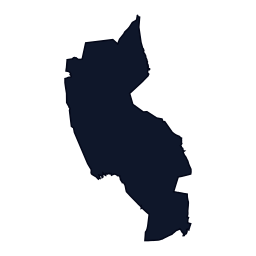 Miacatlán, Morelos, Mexico
{"feature_id": "50627088B93952904425300", "entity_name": "Miacatlán", "entity_type": "district", "adm_level": 2, "iso_a3": "MEX", "parent_name": "Mexico", "parent_adm1": "Morelos", "projection": "natural_earth1", "projection_center": [-99.34, 18.806], "detail": "fine", "context": "isolated", "style": "filled", "palette": "ink", "viewbox_px": 256, "rotation_deg": 0, "n_neighbors": 0, "source": "geoboundaries", "source_scale": "gbopen_adm2", "svg_char_len": 5402}
<svg xmlns="http://www.w3.org/2000/svg" viewBox="0 0 256 256"><path d="M69.5,110.2L71.3,125.3L71.4,126.3L73.6,127.9L74.4,132.3L87.7,163.6L90.3,168.0L90.9,168.7L91.3,170.4L91.1,172.7L91.5,173.8L92.1,174.4L96.3,176.9L96.6,177.3L97.0,177.7L98.1,178.9L98.4,179.1L98.6,178.7L98.9,178.5L99.2,178.3L100.1,178.5L100.1,178.2L99.9,177.7L99.5,176.9L99.4,176.2L98.9,175.0L100.9,175.6L101.6,175.7L101.9,176.2L102.1,177.6L102.9,177.0L102.9,176.6L102.8,175.8L102.7,175.5L102.8,174.7L102.8,174.0L103.0,172.8L103.6,173.5L103.7,173.8L103.9,173.9L104.1,174.3L104.3,174.3L104.6,174.5L105.1,175.1L105.5,174.6L105.8,175.0L106.2,173.4L107.4,174.0L107.6,173.9L107.8,174.0L108.2,173.6L108.5,173.5L108.8,173.4L109.1,173.2L109.3,173.5L109.7,173.8L109.8,173.7L110.1,173.7L110.3,173.6L110.6,173.9L111.0,173.7L111.5,175.2L112.7,174.6L113.8,174.2L114.1,173.9L114.5,174.1L114.8,174.1L115.7,174.3L116.0,174.5L116.4,174.6L117.0,175.1L117.4,175.6L119.7,175.9L119.7,176.0L119.8,176.6L120.1,177.6L120.6,179.1L120.4,179.2L120.6,179.8L120.8,180.1L121.3,180.7L121.4,181.1L121.9,181.6L122.2,182.2L122.3,182.3L122.3,182.6L123.4,182.8L123.8,183.1L124.1,183.3L124.2,183.5L124.5,184.2L124.7,184.6L125.0,184.5L125.2,185.5L126.0,189.7L126.4,191.4L126.5,191.7L127.1,192.3L127.6,192.9L128.2,193.5L130.1,195.6L134.6,200.2L134.7,200.3L136.5,202.1L138.2,203.9L138.5,204.3L139.7,205.3L141.1,206.8L141.3,206.5L141.3,206.9L141.2,208.4L142.2,207.9L143.0,208.8L145.7,211.3L147.5,212.9L149.2,214.3L147.8,225.7L147.6,226.8L147.2,228.6L146.6,230.5L146.2,231.1L145.5,232.1L145.3,235.4L144.9,240.6L145.7,240.6L146.2,240.6L147.0,240.6L147.9,240.6L150.5,240.4L151.3,240.4L151.9,240.3L152.6,240.3L153.5,240.3L153.9,240.3L155.0,240.2L158.1,240.0L158.8,239.9L159.9,239.6L161.4,239.1L162.4,238.9L162.8,238.6L164.7,237.6L166.8,236.6L167.0,236.5L167.4,236.3L168.5,235.7L170.1,235.0L172.0,234.2L172.7,233.4L173.9,232.5L175.8,230.8L176.6,230.3L176.8,230.3L177.7,229.9L177.9,229.8L179.5,229.2L179.8,228.8L180.7,229.6L181.5,231.0L182.2,232.2L183.2,233.2L184.0,234.1L183.9,234.3L183.7,234.8L183.2,235.2L183.2,235.7L184.3,235.5L184.4,235.1L185.2,234.1L186.1,233.8L186.3,233.5L186.5,233.1L186.5,232.5L186.8,232.3L187.1,231.1L187.0,230.3L186.7,229.5L187.3,229.5L187.7,229.2L187.9,229.4L188.2,229.5L188.4,229.5L188.4,229.8L188.8,230.0L189.0,229.1L190.1,225.5L190.2,225.4L190.7,223.7L189.4,223.4L187.6,222.8L187.8,222.1L187.7,221.9L187.7,221.5L187.7,221.1L187.8,220.4L187.8,219.5L187.9,219.2L188.2,218.4L188.5,217.5L187.1,216.9L187.6,215.0L187.8,214.2L187.8,212.4L187.7,211.0L188.1,206.4L188.2,205.3L188.2,204.6L188.3,203.8L188.3,201.9L188.2,201.7L187.7,199.6L187.6,199.0L187.4,197.9L187.2,196.1L187.2,194.1L186.0,193.9L184.6,193.7L183.8,193.6L182.5,193.3L181.0,193.0L180.4,192.9L180.1,192.9L179.0,192.7L178.3,192.5L178.1,192.7L177.2,192.4L173.6,191.7L174.8,187.8L176.3,182.9L178.2,176.9L181.2,176.4L185.3,175.4L188.5,174.6L190.7,174.0L191.0,172.0L190.9,169.2L190.4,168.1L189.2,165.5L188.6,163.9L188.4,163.5L188.3,162.9L187.9,161.5L187.7,160.9L186.7,159.1L186.5,158.5L185.7,156.9L184.7,155.6L184.7,155.9L182.9,151.9L182.7,151.8L183.1,151.9L183.2,152.1L183.7,151.4L184.3,151.0L183.0,150.8L182.9,150.7L183.1,150.5L183.1,150.4L182.7,148.6L182.7,148.4L182.3,148.1L181.1,147.1L181.3,146.4L180.9,145.9L180.4,145.8L180.3,145.7L181.8,143.6L181.5,142.8L181.4,142.5L181.5,140.5L181.3,139.6L181.5,139.0L181.5,138.2L181.2,138.2L181.0,137.9L180.9,137.8L180.0,137.7L179.7,136.6L176.2,135.1L174.5,134.1L172.2,132.3L164.7,121.6L163.1,121.9L162.0,119.0L156.6,118.0L146.9,111.7L143.3,112.0L132.8,104.4L129.6,93.4L142.9,81.1L143.2,80.7L146.5,77.3L148.1,75.7L147.7,75.2L147.9,74.9L148.1,74.8L148.2,74.7L148.6,74.4L148.7,74.2L148.6,73.8L148.3,73.7L148.0,73.5L147.8,73.4L147.7,73.2L147.6,72.7L147.6,72.4L147.7,72.2L147.6,71.7L147.6,71.4L147.7,70.1L148.5,69.9L148.8,69.8L149.4,69.7L149.6,69.3L149.7,69.0L149.4,68.7L149.2,68.7L148.9,68.6L148.4,68.4L148.3,67.8L148.2,67.7L147.6,67.8L147.6,67.4L148.1,67.1L148.3,66.6L148.1,66.2L148.2,65.9L148.1,65.5L147.9,65.2L147.9,64.6L147.3,64.7L147.1,63.7L147.3,63.7L147.2,63.1L147.0,62.9L146.9,62.4L147.1,62.2L147.4,62.1L147.4,61.7L147.1,61.5L146.8,60.8L147.0,60.7L146.9,60.3L146.8,59.8L146.7,59.4L146.6,59.2L146.3,58.6L146.0,58.1L145.9,57.8L145.8,57.2L145.6,55.8L145.4,55.3L145.1,54.8L145.0,54.6L144.8,54.2L144.6,53.7L144.2,53.3L143.9,52.8L143.7,52.9L143.5,52.4L143.5,52.1L143.6,51.9L143.5,51.5L143.5,51.2L143.5,50.7L143.8,50.6L143.6,49.8L143.3,48.9L142.6,48.1L141.0,42.4L138.8,27.2L139.6,17.1L138.0,16.7L137.6,16.6L137.7,15.5L137.6,15.4L137.4,15.4L137.3,15.5L137.2,16.7L137.1,17.1L137.0,17.4L137.0,17.5L137.1,17.8L137.0,18.0L136.9,18.2L136.9,18.3L136.9,18.6L136.7,19.2L136.2,20.4L136.1,20.5L135.9,20.5L132.4,22.5L129.5,27.1L127.7,29.2L126.3,30.5L124.7,32.1L123.9,33.8L119.6,39.2L117.7,44.0L112.8,39.6L100.7,41.1L85.7,42.9L82.2,59.1L80.6,59.4L78.4,59.4L78.1,59.3L77.8,59.2L77.6,59.0L77.4,58.8L76.9,58.6L76.6,58.5L76.6,58.3L76.5,58.1L76.3,57.9L75.8,57.9L75.4,57.8L74.9,57.6L74.5,57.5L74.1,57.6L73.7,57.8L73.4,57.8L72.9,58.4L72.6,59.0L72.4,58.9L72.2,58.9L72.0,59.0L67.3,59.7L67.4,59.9L67.1,60.4L66.5,67.8L66.3,68.9L66.0,71.0L67.8,71.3L68.6,71.5L69.5,72.0L69.9,72.4L70.5,73.4L70.6,73.6L70.6,73.8L70.2,74.4L70.1,74.6L70.3,74.8L71.0,75.4L71.3,75.8L71.3,76.2L71.2,76.6L71.0,76.8L70.5,77.1L70.0,77.2L68.3,77.4L66.4,78.3L65.0,78.6L65.0,82.7L65.7,87.8L66.6,93.4L66.7,102.6L69.0,106.6L69.0,107.1L70.1,108.6L69.5,110.2Z" fill="#0f172a" stroke="#020617" stroke-width="1.5"/></svg>